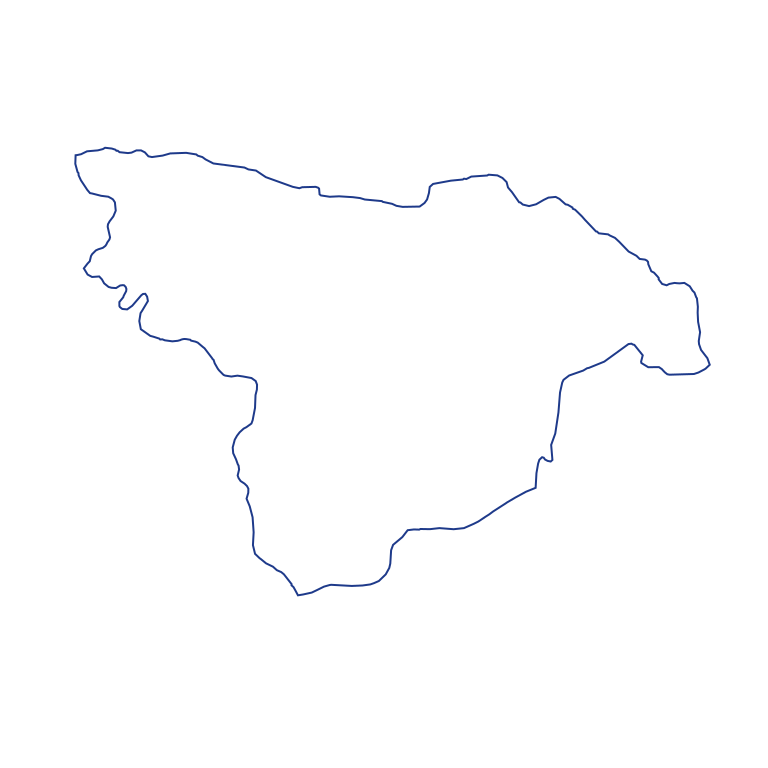 Jalapa, Jalapa, Guatemala, rotated 274°
{"feature_id": "79465075B86525651589488", "entity_name": "Jalapa", "entity_type": "district", "adm_level": 2, "iso_a3": "GTM", "parent_name": "Guatemala", "parent_adm1": "Jalapa", "projection": "albers", "projection_center": [-90.024, 14.626], "detail": "fine", "context": "isolated", "style": "outline", "palette": "blue", "viewbox_px": 768, "rotation_deg": 274, "n_neighbors": 0, "source": "geoboundaries", "source_scale": "gbopen_adm2", "svg_char_len": 4181}
<svg xmlns="http://www.w3.org/2000/svg" viewBox="0 0 768 768"><g transform="rotate(274 384 384)"><path d="M470.4,85.3L471.4,92.4L468.7,95.3L464.9,97.8L461.6,102.5L461.0,105.5L461.0,110.0L463.9,114.0L464.4,116.6L464.3,117.9L462.7,119.6L460.8,120.4L458.6,120.3L453.9,118.2L452.3,117.8L447.3,114.3L443.3,114.6L442.3,115.2L440.6,117.7L440.5,122.6L444.5,127.4L455.6,135.7L457.0,137.3L457.3,139.6L454.6,141.6L450.3,142.7L440.4,137.7L437.7,136.2L429.7,135.5L421.7,137.6L415.7,147.5L415.1,150.6L413.6,156.7L412.8,157.6L413.1,159.8L412.3,162.3L411.8,169.9L412.7,175.2L413.5,177.5L414.2,178.8L414.7,180.3L415.0,181.7L415.0,183.6L414.6,187.7L413.8,188.5L413.1,192.9L412.3,195.3L408.4,200.6L407.1,202.5L397.9,210.6L397.0,211.2L396.2,212.3L392.8,213.7L387.7,217.1L386.2,218.4L382.3,222.8L381.8,223.5L381.3,225.0L380.8,231.2L382.1,237.2L381.7,242.7L380.7,251.4L378.0,255.8L374.5,257.4L369.6,257.6L364.0,256.6L351.1,257.0L338.7,255.5L335.3,254.5L331.3,249.7L329.7,247.1L325.8,243.4L322.2,241.0L318.0,239.0L310.2,237.5L304.4,238.4L298.6,241.6L293.6,243.8L292.5,244.6L288.6,245.4L282.5,244.4L280.0,245.5L277.2,247.7L274.9,251.8L272.6,254.5L270.1,256.0L266.0,256.2L260.0,254.9L252.6,258.6L241.9,262.2L227.0,264.3L214.1,264.5L205.6,267.2L201.6,272.0L200.6,273.6L196.9,278.8L194.0,286.0L190.8,290.1L189.2,294.6L187.2,297.4L177.9,305.8L176.7,305.8L175.1,307.9L170.6,310.8L167.2,312.9L168.4,318.0L170.9,326.5L174.2,332.3L177.7,338.3L179.7,343.9L180.0,345.3L180.3,365.9L181.5,376.6L183.1,384.3L184.6,387.8L187.1,392.6L194.2,399.0L200.9,402.1L205.3,402.8L218.7,402.7L224.2,404.3L232.6,413.0L239.8,417.8L241.0,424.0L241.2,429.3L241.9,430.4L242.4,440.0L244.1,449.3L244.0,463.6L245.8,473.8L248.0,478.0L250.8,483.3L253.4,487.7L258.5,494.3L261.3,498.1L264.5,501.8L273.7,514.1L274.3,514.8L279.8,522.8L286.4,533.1L291.0,542.5L305.7,542.3L315.4,543.3L319.3,544.3L322.0,546.8L321.6,548.5L319.9,549.9L318.7,552.6L318.3,555.7L320.0,557.3L334.9,555.0L346.5,558.3L367.8,560.0L387.8,560.2L397.9,561.7L400.7,562.8L405.4,568.1L411.3,581.8L413.9,585.5L414.4,587.3L421.7,602.2L440.9,625.1L441.5,628.1L440.8,629.3L440.5,631.0L430.7,640.1L424.2,638.9L422.9,639.3L419.2,646.4L420.0,657.1L418.2,660.2L417.2,661.2L416.2,662.3L415.2,663.4L413.5,665.9L413.2,668.2L415.6,692.5L417.4,696.9L420.8,702.4L421.7,703.7L425.9,707.6L432.3,704.8L435.9,701.6L440.1,697.9L445.7,695.5L448.8,695.0L457.7,695.7L467.9,693.0L477.1,691.9L483.0,691.7L491.3,690.2L492.3,689.4L496.9,687.3L498.6,685.3L502.8,682.2L505.8,676.6L505.0,671.8L505.0,669.1L505.1,666.8L503.7,661.6L502.2,659.1L503.2,654.5L507.5,650.7L508.8,650.7L510.2,649.5L513.9,645.6L515.1,642.8L521.9,639.3L524.2,638.9L525.5,637.6L526.3,635.7L526.6,630.3L529.5,626.9L533.2,618.8L542.2,608.8L545.9,604.2L548.0,598.7L548.9,597.2L549.3,587.8L550.9,585.9L551.0,584.8L561.9,572.9L564.9,569.9L571.2,562.5L572.0,560.1L573.2,559.7L575.6,554.8L575.9,552.6L580.9,546.1L582.6,542.2L581.4,535.0L578.8,530.5L573.9,523.2L571.6,516.3L572.7,509.9L574.6,507.4L574.7,506.1L584.3,498.3L588.7,494.0L594.0,492.2L597.8,487.8L600.0,482.6L600.1,473.8L599.2,472.4L597.0,456.6L594.2,451.8L594.4,449.5L593.5,448.4L591.5,436.5L587.0,419.0L583.8,415.9L577.6,415.5L571.1,414.1L567.4,411.8L563.5,407.2L562.0,390.2L562.6,384.0L564.3,379.5L565.6,370.1L566.3,369.1L566.7,352.0L567.8,347.2L568.2,340.0L568.1,326.1L567.0,316.8L567.7,307.9L568.7,306.5L574.4,305.6L575.2,304.6L575.9,302.1L574.6,288.7L573.4,285.9L574.3,279.3L582.1,251.7L588.0,241.4L588.6,233.8L590.2,229.7L592.1,198.4L595.6,190.3L597.7,187.0L598.8,182.2L599.9,180.8L600.8,170.5L599.1,154.7L596.4,147.2L594.2,136.7L594.7,133.1L598.4,129.3L600.1,125.3L599.8,120.8L597.2,116.0L596.5,112.5L596.8,104.0L598.1,102.1L598.0,100.8L599.0,99.7L599.9,96.0L600.2,89.3L598.7,87.1L597.1,82.2L595.4,71.5L592.1,65.8L591.0,62.0L590.7,60.4L582.1,60.7L574.1,63.5L573.1,64.5L570.9,64.8L566.0,67.5L558.2,73.5L557.1,74.3L553.9,77.4L553.7,79.4L552.0,88.7L551.6,95.9L550.1,99.2L549.2,100.8L546.4,102.9L538.2,104.3L532.3,102.3L527.1,98.9L524.1,97.5L521.5,97.4L511.2,100.5L509.0,100.0L505.9,98.1L503.8,97.3L502.3,96.4L500.2,94.0L498.5,89.7L497.2,87.3L493.2,83.8L491.2,82.8L485.9,81.9L483.5,79.9L478.4,76.5L472.5,80.7L470.4,85.3Z" fill="none" stroke="#1e3a8a" stroke-width="2"/></g></svg>